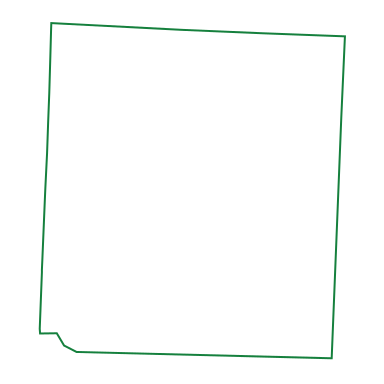 the district of Cass, Michigan, United States of America, rotated 92°
{"feature_id": "52423323B82095685112080", "entity_name": "Cass", "entity_type": "district", "adm_level": 2, "iso_a3": "USA", "parent_name": "United States of America", "parent_adm1": "Michigan", "projection": "albers", "projection_center": [-86.005, 41.915], "detail": "fine", "context": "isolated", "style": "outline", "palette": "green", "viewbox_px": 384, "rotation_deg": 92, "n_neighbors": 0, "source": "geoboundaries", "source_scale": "gbopen_adm2", "svg_char_len": 453}
<svg xmlns="http://www.w3.org/2000/svg" viewBox="0 0 384 384"><g transform="rotate(92 192 192)"><path d="M143.2,338.2L158.3,338.2L193.3,338.7L204.8,338.8L265.5,339.2L275.2,339.3L277.3,339.2L334.1,339.4L338.7,338.9L337.9,322.2L349.9,314.5L355.9,301.8L353.3,46.6L111.6,45.4L31.1,44.6L30.9,126.6L30.3,207.6L28.1,338.5L34.1,338.5L61.4,338.3L97.2,338.1L98.9,338.1L99.2,338.1L126.4,338.2L143.2,338.2Z" fill="none" stroke="#15803d" stroke-width="2"/></g></svg>